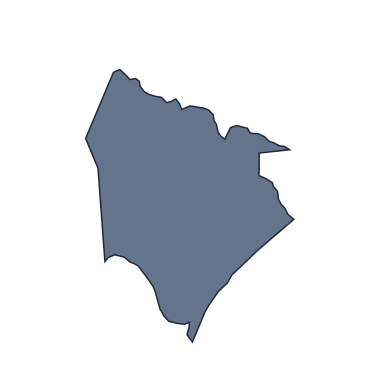 Ouro Branco, Rio Grande do Norte, Brazil, rotated 339°
{"feature_id": "56859067B23981894963021", "entity_name": "Ouro Branco", "entity_type": "district", "adm_level": 2, "iso_a3": "BRA", "parent_name": "Brazil", "parent_adm1": "Rio Grande do Norte", "projection": "natural_earth1", "projection_center": [-36.907, -6.684], "detail": "fine", "context": "isolated", "style": "filled", "palette": "slate", "viewbox_px": 384, "rotation_deg": 339, "n_neighbors": 0, "source": "geoboundaries", "source_scale": "gbopen_adm2", "svg_char_len": 1125}
<svg xmlns="http://www.w3.org/2000/svg" viewBox="0 0 384 384"><g transform="rotate(339 192 192)"><path d="M85.8,225.7L90.1,223.2L97.4,223.0L102.0,226.1L105.7,228.9L108.7,234.8L112.3,238.1L115.3,241.8L119.8,257.7L121.9,266.6L121.9,272.1L120.2,289.7L121.4,297.8L124.1,304.5L131.1,309.3L137.4,312.8L142.9,312.6L140.6,317.6L136.2,323.5L138.6,332.2L161.1,308.7L167.7,303.3L181.0,294.3L192.2,289.7L199.6,283.7L225.3,273.0L232.6,269.9L277.3,254.0L273.5,247.2L272.8,240.2L270.7,235.0L270.1,230.2L272.1,222.0L270.1,216.4L270.3,212.1L266.5,206.8L260.5,200.7L268.7,179.7L298.2,187.5L294.5,182.5L290.2,180.3L285.8,175.2L282.4,172.7L279.4,166.3L275.1,161.6L267.6,158.0L266.4,152.2L257.5,146.0L251.1,145.6L244.9,151.3L241.5,154.6L238.8,150.1L237.8,145.5L239.0,137.6L238.2,133.3L239.4,127.5L237.0,121.5L233.5,118.2L221.2,111.0L212.0,111.2L211.9,104.8L210.2,99.4L205.2,100.0L200.5,99.6L197.3,92.6L192.0,89.5L187.0,85.6L183.5,81.7L181.5,75.0L182.4,69.7L180.1,65.9L174.2,64.7L172.9,61.0L170.1,55.0L168.4,51.8L161.6,52.1L111.9,103.9L112.6,130.1L112.8,136.0L100.3,177.4L85.8,225.7Z" fill="#64748b" stroke="#1e293b" stroke-width="1.5"/></g></svg>